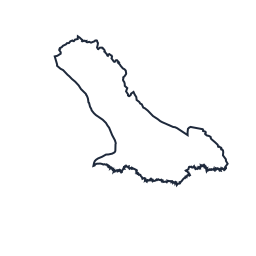 Phakdi Chumphon, Chaiyaphum, Thailand (Albers equal-area conic projection), rotated 127°
{"feature_id": "78962969B21349454569090", "entity_name": "Phakdi Chumphon", "entity_type": "district", "adm_level": 2, "iso_a3": "THA", "parent_name": "Thailand", "parent_adm1": "Chaiyaphum", "projection": "albers", "projection_center": [101.441, 15.961], "detail": "fine", "context": "isolated", "style": "outline", "palette": "slate", "viewbox_px": 256, "rotation_deg": 127, "n_neighbors": 0, "source": "geoboundaries", "source_scale": "gbopen_adm2", "svg_char_len": 5756}
<svg xmlns="http://www.w3.org/2000/svg" viewBox="0 0 256 256"><g transform="rotate(127 128 128)"><path d="M80.5,177.7L81.4,178.5L82.5,178.2L83.2,178.5L83.5,179.2L82.3,183.1L80.7,183.6L80.0,184.7L80.3,185.6L80.2,187.4L81.3,188.0L82.5,187.5L82.6,187.9L81.6,190.1L81.5,191.2L81.1,192.0L81.2,192.8L80.5,192.9L79.8,194.0L79.5,195.8L79.7,196.1L79.3,196.5L79.4,197.1L80.9,198.9L82.9,199.2L83.0,199.5L82.3,201.2L80.3,202.0L78.2,203.1L78.1,203.7L76.9,205.4L77.1,206.0L77.6,206.3L77.8,206.8L79.0,207.0L82.1,208.9L82.5,210.8L83.8,211.8L84.3,212.7L84.1,213.3L83.5,213.6L84.4,214.4L84.3,215.1L86.3,216.7L86.3,217.0L85.2,217.2L85.1,217.5L85.2,218.4L84.9,221.0L85.0,223.2L87.2,221.7L89.3,223.5L91.2,223.5L91.6,224.0L91.6,225.1L93.4,226.2L95.7,226.3L97.0,227.8L98.6,227.9L101.4,229.4L103.5,229.6L105.0,230.5L105.6,230.5L105.9,229.8L107.1,229.9L108.0,227.3L109.2,226.5L112.9,227.9L114.9,229.6L119.9,222.9L121.0,222.1L121.3,217.5L120.8,214.7L121.9,208.2L122.0,206.1L122.6,202.3L122.8,198.0L123.7,193.0L125.2,189.0L126.1,182.2L126.8,181.2L126.8,180.7L127.8,178.9L128.7,177.6L131.4,174.9L131.4,174.2L133.9,171.1L134.8,169.0L135.8,167.6L136.7,164.1L137.0,161.4L136.6,153.2L137.2,148.7L138.4,145.8L139.1,143.3L143.2,136.4L145.7,131.0L147.5,128.6L148.5,128.2L153.8,124.4L154.7,124.1L155.8,124.2L158.0,125.2L160.8,127.6L162.5,129.6L166.6,131.4L170.3,133.6L172.6,134.4L174.4,134.6L176.3,134.1L179.1,132.8L178.0,132.1L177.1,132.3L176.2,132.0L175.2,131.3L173.0,128.6L172.2,126.7L172.1,125.8L171.2,125.2L170.8,123.9L169.9,123.2L169.8,122.1L170.2,122.1L170.2,121.9L170.5,121.7L170.5,121.1L170.3,120.9L170.5,120.7L170.2,120.6L170.4,120.1L170.0,119.9L169.7,120.0L169.7,119.8L170.1,119.5L169.9,119.4L169.9,119.0L170.6,119.0L170.2,118.2L170.5,118.1L170.4,117.8L170.7,117.7L170.4,117.6L170.6,117.5L170.5,117.2L170.2,117.3L169.6,116.4L170.1,115.9L169.7,115.5L170.5,115.3L170.7,115.0L170.0,114.2L170.6,114.1L170.5,113.7L171.5,113.2L170.8,113.1L170.5,112.6L170.6,112.3L169.5,112.2L168.2,111.3L168.3,110.7L168.9,110.7L169.1,110.3L167.6,109.4L167.0,109.5L166.8,109.9L166.3,109.6L166.3,109.0L167.2,108.2L167.6,106.7L166.8,106.4L166.5,106.8L165.8,106.9L165.3,107.2L164.1,107.0L163.3,107.3L162.8,106.4L162.2,107.4L161.5,107.8L161.0,107.4L160.4,107.5L160.1,107.2L160.2,106.7L159.3,106.8L159.4,106.2L159.7,106.2L159.4,105.1L158.2,104.3L159.4,103.6L159.3,102.9L159.6,102.3L158.6,102.0L158.5,100.9L157.4,101.1L157.3,100.3L157.7,100.3L157.8,99.7L157.0,98.8L156.4,95.7L156.5,95.5L157.2,95.6L157.5,95.1L158.1,95.0L157.9,94.3L158.2,93.8L157.9,93.2L158.1,92.7L158.3,92.7L158.5,93.3L158.8,93.4L158.6,93.0L158.9,92.6L158.2,92.1L158.8,91.0L158.2,90.6L158.0,89.9L158.7,88.8L158.9,87.3L159.9,85.9L158.5,85.2L158.5,84.7L158.0,84.5L157.9,83.7L159.5,82.9L159.0,82.8L158.8,82.3L159.0,81.3L159.6,81.1L159.6,80.7L158.0,81.3L157.6,80.9L157.8,80.2L157.2,79.5L155.6,79.4L155.9,78.3L154.7,78.7L154.8,78.1L154.4,77.2L155.5,76.1L154.8,75.8L154.1,74.8L152.8,74.2L152.3,73.5L152.1,73.5L151.9,74.2L151.6,74.1L151.3,73.0L150.7,72.8L150.7,72.0L150.3,71.1L149.3,70.3L150.2,69.1L149.5,68.9L149.9,68.4L149.9,68.2L149.4,68.2L149.9,67.4L149.4,67.0L148.7,66.1L148.0,65.6L148.0,64.5L147.5,64.6L147.0,64.2L146.4,64.1L146.2,64.5L145.5,62.9L145.1,62.5L145.0,61.4L144.6,61.7L144.1,61.1L144.6,60.8L144.0,60.6L143.9,59.7L144.7,59.0L144.3,58.9L144.1,59.2L143.8,57.9L143.4,58.1L143.1,58.0L143.6,57.4L142.6,57.7L142.4,57.5L142.3,56.8L143.1,56.6L143.3,55.2L143.7,55.3L144.2,54.7L143.3,54.7L143.0,55.1L141.9,54.0L141.2,53.8L141.3,53.4L141.0,53.2L140.4,53.3L140.5,53.7L140.1,54.1L139.5,53.5L138.3,53.2L135.7,53.2L133.9,52.9L133.7,52.4L132.1,52.9L131.7,52.4L131.8,51.7L130.3,52.2L129.6,51.9L129.1,50.3L128.7,50.3L128.5,50.5L128.3,50.3L127.8,51.2L127.6,51.7L127.8,52.1L127.1,53.0L127.4,53.3L127.0,54.7L127.4,56.0L127.3,56.3L124.7,54.9L122.5,55.8L122.0,55.6L121.9,55.1L120.8,54.2L121.1,53.4L120.7,52.6L118.8,52.3L119.6,51.3L119.0,50.5L120.0,49.9L120.2,49.4L119.2,48.9L119.1,48.1L118.3,47.9L117.7,48.1L117.9,47.6L117.5,47.3L117.5,46.3L117.9,45.8L117.3,46.1L116.6,47.0L116.5,46.5L115.8,47.2L114.9,46.7L114.2,47.3L114.3,46.4L113.6,46.5L113.7,45.9L113.2,45.5L112.4,45.6L112.3,45.1L112.9,44.6L112.5,44.4L111.7,44.7L111.8,44.2L113.1,44.1L113.0,43.0L112.6,43.1L112.1,42.7L112.5,42.1L113.0,42.2L112.8,41.8L113.3,41.6L113.2,41.3L113.5,41.0L112.9,40.7L113.6,40.5L113.5,39.7L114.8,39.7L115.2,39.2L114.3,39.3L114.1,38.8L113.5,39.0L113.0,38.8L112.9,38.0L112.6,37.8L112.0,38.0L111.7,36.7L111.3,36.6L111.2,36.3L110.7,36.6L110.1,35.2L109.6,35.1L109.7,34.0L109.0,34.4L109.2,33.2L108.1,33.6L107.8,33.0L107.9,32.5L107.4,32.4L107.2,33.0L107.1,32.5L106.5,32.1L106.3,32.2L106.0,31.3L106.3,31.0L105.9,30.5L106.1,29.8L106.9,29.4L106.9,29.1L106.4,29.0L106.2,28.4L105.4,29.6L105.1,29.5L105.3,29.1L104.5,29.3L104.8,28.8L103.7,28.9L103.4,28.5L103.9,28.0L103.5,27.6L103.7,26.3L102.7,26.4L103.2,25.7L102.5,25.5L102.0,25.8L101.3,25.8L101.1,25.6L100.7,25.9L100.6,26.9L96.6,26.9L95.3,30.0L94.1,31.0L92.7,35.7L90.0,37.4L88.8,38.6L88.6,39.3L89.0,40.6L88.8,41.0L88.0,41.1L87.7,41.7L88.0,42.2L87.9,43.9L88.7,44.5L88.5,45.0L87.9,45.7L87.4,46.3L87.0,49.9L86.7,54.9L86.2,55.9L85.5,56.4L85.4,56.9L85.7,58.8L86.5,60.4L86.5,62.4L86.3,62.9L85.2,62.9L84.5,63.5L84.4,64.0L85.2,66.3L84.4,66.7L84.0,67.6L89.5,78.7L91.0,79.4L92.6,79.6L95.8,77.7L97.8,76.1L98.6,88.8L99.1,91.0L100.0,92.5L102.8,104.4L103.1,106.4L103.0,109.5L103.4,115.2L102.2,122.7L102.1,126.4L102.5,128.1L100.8,131.2L101.1,133.0L100.4,134.7L100.4,138.0L98.3,140.0L97.2,142.9L95.9,145.3L98.7,146.2L99.9,145.7L101.7,146.1L102.0,146.5L102.0,147.6L101.1,148.2L99.9,151.6L96.6,152.6L96.3,155.9L94.6,157.3L93.6,158.6L93.0,160.4L92.2,161.2L91.1,161.6L90.4,162.3L88.9,161.9L86.2,162.0L85.5,162.3L83.5,164.4L83.2,166.2L83.5,168.0L82.7,171.6L82.2,172.6L81.9,175.1L81.0,174.8L80.5,177.7Z" fill="none" stroke="#1e293b" stroke-width="2"/></g></svg>